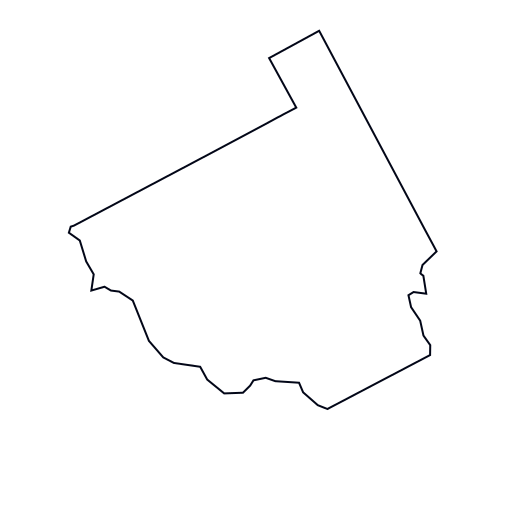 outline of Sauk, Wisconsin, United States of America, rotated 62°
{"feature_id": "52423323B28782339926700", "entity_name": "Sauk", "entity_type": "district", "adm_level": 2, "iso_a3": "USA", "parent_name": "United States of America", "parent_adm1": "Wisconsin", "projection": "mercator", "projection_center": [-89.906, 43.394], "detail": "fine", "context": "isolated", "style": "outline", "palette": "ink", "viewbox_px": 512, "rotation_deg": 62, "n_neighbors": 0, "source": "geoboundaries", "source_scale": "gbopen_adm2", "svg_char_len": 780}
<svg xmlns="http://www.w3.org/2000/svg" viewBox="0 0 512 512"><g transform="rotate(62 256 256)"><path d="M86.8,94.5L87.4,151.5L143.9,150.8L143.8,165.3L143.9,168.9L143.8,171.7L143.9,179.5L144.0,208.2L144.0,265.2L143.7,402.6L143.1,405.8L147.6,410.3L159.6,404.3L181.1,408.5L196.0,407.9L209.2,417.6L212.0,404.2L218.4,400.3L223.2,393.5L237.5,385.7L280.7,390.4L302.0,385.5L311.9,378.7L327.6,357.3L342.2,357.1L362.4,348.6L370.6,331.7L367.7,322.0L364.6,316.6L368.1,304.6L375.6,297.7L388.1,277.5L398.5,278.4L416.7,271.5L424.6,264.8L425.2,148.8L416.5,144.0L404.9,145.5L390.2,141.4L374.0,143.1L362.2,139.8L361.8,133.8L369.2,123.4L352.0,117.5L349.7,118.6L348.4,119.0L342.1,113.2L336.7,94.4L334.8,94.4L330.1,94.4L312.0,94.5L86.8,94.5Z" fill="none" stroke="#020617" stroke-width="2"/></g></svg>